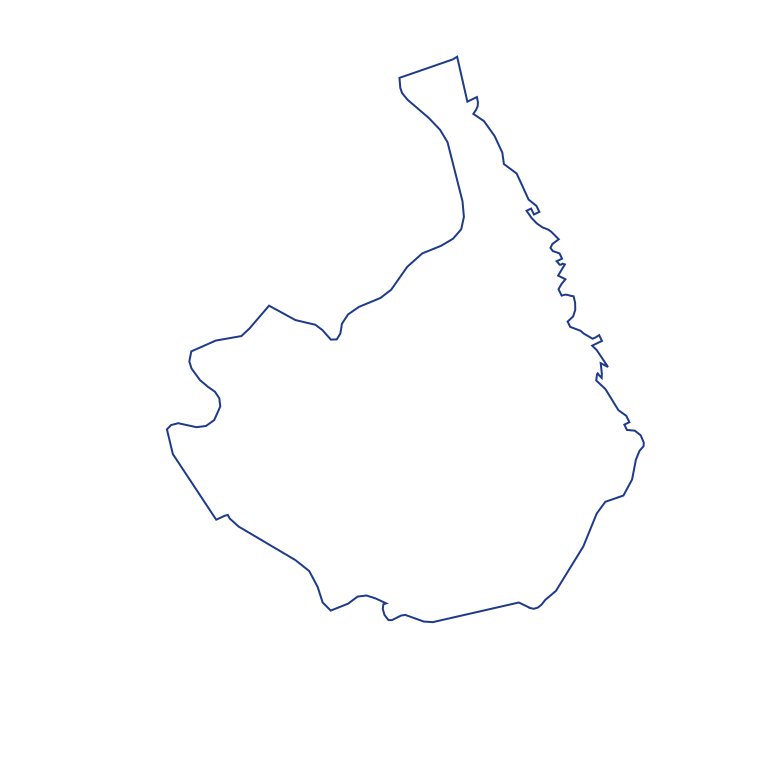 an SVG outline of Irbid, rotated 154°
{"feature_id": "JOR-854", "entity_name": "Irbid", "entity_type": "Province", "adm_level": 1, "iso_a3": "JOR", "parent_name": "Jordan", "parent_adm1": "", "projection": "orthographic", "projection_center": [35.72, 32.466], "detail": "fine", "context": "isolated", "style": "outline", "palette": "blue", "viewbox_px": 768, "rotation_deg": 154, "n_neighbors": 0, "source": "natural_earth", "source_scale": "10m", "svg_char_len": 2086}
<svg xmlns="http://www.w3.org/2000/svg" viewBox="0 0 768 768"><g transform="rotate(154 384 384)"><path d="M187.2,299.8L188.4,299.2L191.7,294.1L187.2,282.3L184.8,257.7L180.2,249.2L180.2,242.1L185.8,242.1L185.8,236.2L179.0,232.1L175.8,225.3L176.2,217.4L178.0,214.3L183.7,211.9L190.8,205.5L202.9,189.4L217.7,178.8L236.7,181.1L249.5,174.4L276.1,150.6L320.1,122.7L333.9,119.2L334.1,119.1L339.1,116.6L343.8,115.6L347.9,116.3L351.3,118.9L351.2,119.1L358.6,128.5L444.6,148.6L452.3,153.0L466.1,167.1L470.1,168.4L480.4,168.3L483.5,169.9L484.8,176.2L483.7,182.4L481.1,186.3L478.2,185.9L485.5,194.9L492.5,201.6L500.9,204.5L512.5,202.3L531.2,203.7L534.9,214.5L532.6,230.8L533.2,248.6L540.8,264.5L577.1,319.5L581.6,330.6L581.8,334.7L584.7,335.4L594.3,335.6L604.5,413.6L599.0,438.4L593.3,440.4L586.2,439.0L571.5,427.4L562.4,424.3L552.4,426.0L541.0,435.6L538.3,443.3L539.3,451.1L543.5,458.7L547.7,468.2L550.2,482.3L549.1,489.6L542.9,497.8L516.2,496.8L491.2,489.6L480.5,492.9L453.0,504.8L435.6,480.3L419.8,467.4L415.8,459.7L412.3,447.2L406.9,444.8L401.1,448.5L395.4,456.6L385.8,462.3L372.8,464.3L349.4,462.9L336.2,465.6L311.8,479.1L292.4,484.6L272.2,483.2L258.3,484.3L246.8,489.2L238.9,499.2L233.3,514.0L220.9,573.5L222.2,588.0L227.1,603.4L238.2,629.1L240.2,637.4L239.6,642.9L235.9,652.4L179.9,645.6L174.8,646.1L185.3,601.2L174.7,601.2L176.1,595.9L178.2,592.4L181.3,589.9L185.3,587.6L178.9,576.5L175.9,558.3L176.2,540.2L179.8,529.1L172.5,515.0L173.2,486.4L168.9,477.2L168.9,470.6L174.9,470.6L174.9,477.2L179.9,477.2L178.6,468.5L176.2,461.2L172.9,455.3L169.0,451.1L167.1,448.0L163.5,437.5L171.3,436.0L174.7,433.4L174.0,429.5L169.0,424.5L169.0,418.6L175.0,418.6L173.8,414.2L172.4,413.6L170.8,413.9L169.0,412.2L180.0,405.1L175.0,398.6L180.5,396.1L185.6,392.7L185.6,385.6L182.0,384.9L179.9,383.6L178.0,381.8L175.1,379.7L176.6,373.3L179.6,366.8L184.4,361.8L191.6,359.6L191.6,353.7L184.1,345.8L182.4,341.8L176.7,333.3L173.4,333.1L169.2,333.6L169.2,327.2L180.1,327.2L177.9,321.0L175.2,301.1L180.1,307.7L183.8,297.5L185.7,294.1L186.8,297.5L187.2,299.8Z" fill="none" stroke="#1e3a8a" stroke-width="2"/></g></svg>